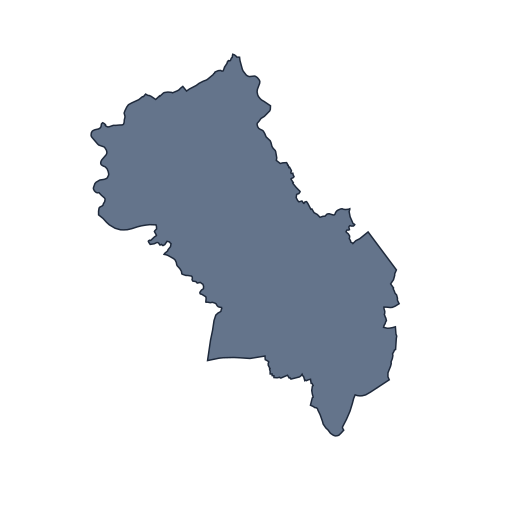 Phrom Buri, Sing Buri, Thailand (Mercator projection), rotated 148°
{"feature_id": "78962969B89393291205833", "entity_name": "Phrom Buri", "entity_type": "district", "adm_level": 2, "iso_a3": "THA", "parent_name": "Thailand", "parent_adm1": "Sing Buri", "projection": "mercator", "projection_center": [100.446, 14.789], "detail": "fine", "context": "isolated", "style": "filled", "palette": "slate", "viewbox_px": 512, "rotation_deg": 148, "n_neighbors": 0, "source": "geoboundaries", "source_scale": "gbopen_adm2", "svg_char_len": 6133}
<svg xmlns="http://www.w3.org/2000/svg" viewBox="0 0 512 512"><g transform="rotate(148 256 256)"><path d="M284.0,451.9L286.7,450.8L290.2,448.6L292.1,447.1L293.0,444.1L293.6,443.1L295.6,441.2L296.9,439.3L298.2,438.2L298.9,437.9L300.1,438.1L302.3,439.4L305.7,441.1L307.7,442.4L311.7,443.3L313.0,443.8L313.6,444.3L314.5,446.0L314.6,446.6L314.1,446.9L314.3,448.1L314.9,449.5L315.5,450.3L317.1,449.9L318.9,447.8L320.2,447.2L322.2,447.2L325.6,448.4L327.5,448.7L328.8,448.6L330.4,447.7L331.9,445.8L332.3,444.5L332.2,443.2L331.0,435.1L330.6,433.5L327.1,429.1L326.8,428.1L326.8,425.1L327.4,423.1L328.3,422.0L329.3,421.3L335.7,419.3L337.3,418.4L338.4,417.2L338.8,416.3L338.8,415.2L337.9,413.3L336.6,411.5L336.1,408.8L336.6,406.0L337.5,403.5L338.3,402.6L340.7,401.1L341.9,401.0L344.0,401.4L348.2,403.2L352.4,403.3L354.2,402.8L357.6,400.1L358.2,399.3L358.4,398.5L358.5,396.9L358.2,395.5L357.8,394.5L357.1,393.7L355.6,392.9L354.9,389.4L353.8,385.8L353.7,384.9L353.9,384.1L355.5,382.3L357.7,381.2L359.0,380.1L360.0,380.0L362.7,380.2L363.7,379.8L365.8,377.4L367.7,374.3L365.8,368.9L364.9,363.8L363.9,360.2L360.8,354.2L357.1,350.1L354.6,348.4L351.2,346.5L346.8,345.0L341.2,343.6L337.4,342.4L333.3,340.7L329.5,338.9L324.3,335.4L324.8,333.7L326.0,331.6L328.2,331.1L329.2,330.6L329.4,326.5L329.6,326.1L332.1,326.0L336.6,325.1L337.4,325.2L337.9,325.8L339.1,325.8L339.5,325.6L339.7,324.3L339.6,321.9L335.8,320.3L333.0,320.0L332.2,319.5L331.7,318.5L331.7,316.3L331.4,316.1L330.0,315.9L329.6,314.4L329.3,314.1L327.3,314.0L323.7,315.6L321.9,313.8L321.9,312.7L321.5,311.5L323.6,309.2L327.2,308.0L328.3,307.1L332.1,306.6L333.1,306.1L331.5,304.6L330.3,303.0L327.3,297.5L326.7,295.6L327.0,292.8L327.9,290.5L328.0,289.4L327.3,285.6L327.3,284.1L327.4,282.4L328.3,280.4L328.3,279.8L325.8,276.7L324.1,275.6L321.4,273.2L321.2,272.6L321.3,271.8L321.9,270.7L322.8,269.8L322.9,268.2L320.6,266.2L320.2,264.2L317.2,263.1L316.6,261.3L316.0,260.3L316.5,258.1L317.9,256.1L320.3,256.0L322.7,255.0L323.2,254.4L323.3,253.3L322.3,252.3L320.2,248.1L320.6,246.7L322.8,243.8L322.9,243.3L321.4,242.4L319.5,240.6L317.6,239.9L316.0,238.1L315.2,236.7L315.3,234.5L314.9,233.0L314.3,232.2L312.5,230.6L312.9,230.1L312.9,229.5L313.8,229.0L314.9,227.8L316.5,227.6L318.3,227.8L321.4,227.2L325.8,223.5L332.3,215.9L339.1,208.8L352.5,193.0L341.4,188.9L337.7,187.1L328.6,181.7L323.4,178.1L315.4,172.3L301.4,166.4L303.1,163.2L301.7,160.8L301.3,159.4L302.6,158.4L303.5,156.9L303.8,153.0L304.4,153.0L305.2,150.4L306.0,149.4L306.5,148.4L304.9,147.5L305.7,146.0L304.3,145.0L305.2,143.4L302.6,141.5L300.2,140.6L300.0,139.7L299.5,139.3L292.5,138.2L292.5,135.0L291.7,134.8L291.6,133.1L283.2,130.4L281.2,130.6L279.6,131.3L279.8,130.2L279.6,128.2L280.7,124.4L279.7,124.4L279.4,123.6L277.3,123.3L275.1,122.6L276.7,118.8L276.0,118.3L276.2,115.8L277.2,115.7L280.0,112.4L281.3,109.3L282.3,106.0L283.4,105.9L288.9,100.6L287.3,98.2L286.4,96.2L285.2,95.3L284.8,93.9L285.2,92.3L285.7,87.5L287.3,80.4L288.1,77.9L287.9,73.2L287.1,70.2L286.8,66.2L285.4,63.0L284.1,61.4L282.5,60.6L280.8,60.1L277.8,60.7L273.9,61.8L273.8,64.3L273.2,65.2L265.9,69.5L258.5,74.6L252.4,79.9L248.6,83.5L245.5,85.7L244.1,84.0L242.0,82.3L240.0,81.2L236.6,80.1L231.1,79.9L208.6,80.4L208.1,83.7L206.0,87.0L200.2,91.3L198.4,93.0L197.5,94.7L194.8,96.7L193.6,98.0L192.7,99.0L192.0,100.7L189.9,101.8L188.4,102.9L187.2,102.7L180.8,111.6L179.1,113.5L178.7,115.6L175.3,122.1L178.4,123.0L181.3,124.2L182.9,125.1L185.6,127.9L184.0,129.4L182.5,130.1L180.9,131.5L179.7,132.0L178.8,134.5L178.7,135.8L178.1,138.5L177.2,139.2L176.1,140.8L175.4,143.4L174.8,144.6L174.6,144.9L172.3,143.4L169.4,141.1L167.6,140.2L164.5,139.7L159.9,139.7L159.6,143.0L159.3,144.0L158.4,145.2L157.4,148.5L157.8,150.8L157.3,153.0L157.1,155.0L156.8,155.8L156.3,156.0L156.6,161.0L152.0,163.0L148.7,166.0L147.8,167.4L144.3,169.8L148.2,217.0L158.9,215.7L163.2,216.1L167.2,215.2L167.2,215.7L168.3,217.6L167.7,219.0L167.7,221.3L166.5,222.5L166.0,223.4L166.0,225.9L166.8,228.2L166.6,229.1L165.1,229.8L163.7,228.9L162.8,228.8L162.0,231.2L161.6,231.6L160.4,232.0L160.0,231.8L159.5,231.0L157.6,229.8L156.2,230.0L155.6,230.3L155.7,230.8L156.5,232.0L155.4,239.4L153.5,244.3L151.6,246.0L151.4,246.4L152.7,246.6L155.5,248.0L157.0,249.2L158.0,250.5L159.5,251.1L162.2,251.5L163.7,251.4L165.3,250.8L167.1,249.5L167.7,249.4L168.7,249.8L171.5,253.0L172.6,253.6L173.7,253.9L176.4,253.2L178.2,254.2L181.2,254.9L182.0,258.7L183.8,262.0L183.7,266.3L184.7,266.5L184.2,273.0L184.3,275.3L184.7,275.6L186.1,275.9L187.5,275.2L187.7,275.4L187.9,278.3L190.9,279.2L191.3,281.0L191.0,284.2L189.0,286.6L188.5,286.7L186.7,286.2L185.1,286.8L184.4,287.4L185.6,292.9L186.2,297.6L186.2,298.4L185.5,298.5L185.6,302.7L185.4,302.9L184.1,302.9L182.9,302.7L181.7,303.1L181.5,305.1L180.9,306.7L182.4,307.4L182.1,308.6L180.9,309.3L180.7,309.7L180.5,313.5L181.2,313.6L180.6,316.0L181.0,316.2L180.6,317.7L180.6,319.0L183.9,320.8L186.4,321.6L188.1,326.3L186.4,328.2L184.0,334.1L183.8,335.3L184.4,338.2L184.4,340.5L183.2,344.2L182.9,346.2L184.3,351.7L183.7,355.2L183.6,358.0L184.0,359.2L185.4,361.4L186.0,362.7L186.1,364.5L185.8,365.7L185.3,367.1L184.6,367.9L181.7,368.8L179.4,369.8L178.6,370.0L174.9,370.0L167.4,371.8L166.1,372.8L164.1,375.7L167.2,382.7L168.6,385.4L169.1,387.2L169.4,389.9L169.2,391.7L168.1,394.6L166.5,396.6L161.4,400.5L160.3,401.9L160.0,403.1L160.0,404.1L160.3,406.5L161.2,408.6L161.9,409.4L166.6,411.7L167.8,413.2L168.4,414.7L168.9,419.7L168.6,421.7L166.0,430.3L164.6,433.3L166.8,434.8L167.1,436.4L167.7,438.0L168.8,439.4L169.8,438.4L171.0,436.9L171.6,437.0L172.2,436.8L174.0,435.4L174.8,435.4L175.7,436.3L176.2,436.3L176.7,435.8L177.6,435.7L178.3,434.8L182.8,432.8L182.9,432.4L183.5,432.1L185.3,430.7L186.0,430.4L187.1,431.0L187.6,432.1L189.8,433.2L193.0,433.7L193.7,433.6L194.1,433.1L195.2,433.0L196.3,432.5L203.0,431.6L204.7,431.5L208.1,432.2L212.8,432.6L216.4,432.3L223.9,432.9L227.5,432.7L228.2,438.6L230.9,438.3L233.5,437.7L235.3,437.8L240.3,438.6L240.8,439.4L243.8,441.7L246.9,443.1L248.0,443.3L253.0,442.4L253.0,442.9L258.1,441.9L260.3,446.9L261.4,448.6L262.6,449.5L263.8,451.8L267.0,450.8L267.9,451.3L272.5,450.7L280.4,451.7L284.0,451.9Z" fill="#64748b" stroke="#1e293b" stroke-width="1.5"/></g></svg>